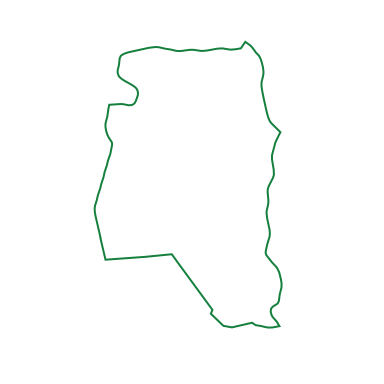 Hondo Valle, La Estrelleta, Dominican Republic (Robinson projection), rotated 257°
{"feature_id": "3306468B67030502759571", "entity_name": "Hondo Valle", "entity_type": "district", "adm_level": 2, "iso_a3": "DOM", "parent_name": "Dominican Republic", "parent_adm1": "La Estrelleta", "projection": "robinson", "projection_center": [-71.685, 18.71], "detail": "fine", "context": "isolated", "style": "outline", "palette": "green", "viewbox_px": 384, "rotation_deg": 257, "n_neighbors": 0, "source": "geoboundaries", "source_scale": "gbopen_adm2", "svg_char_len": 2117}
<svg xmlns="http://www.w3.org/2000/svg" viewBox="0 0 384 384"><g transform="rotate(257 192 192)"><path d="M230.4,291.6L241.3,284.7L243.7,283.7L247.8,283.0L253.6,282.8L266.6,282.9L273.9,283.1L278.2,283.4L280.9,283.8L283.6,284.6L288.8,287.2L291.1,288.2L293.7,288.8L297.8,289.2L303.3,289.1L307.4,288.6L309.9,287.8L313.6,285.6L318.2,283.7L320.5,282.5L322.5,281.1L326.3,277.7L321.0,271.9L321.3,266.4L321.9,262.3L322.7,259.8L325.0,254.2L325.6,251.4L326.0,248.4L326.4,239.5L326.9,235.1L327.5,232.3L329.8,226.6L330.6,224.0L331.1,221.1L331.8,213.6L332.3,210.7L333.2,208.1L335.9,202.6L337.8,197.8L340.5,192.3L341.3,189.7L341.6,188.2L342.2,182.2L342.4,166.7L342.4,160.7L341.9,156.6L341.1,154.1L340.4,153.0L338.5,151.6L332.2,149.4L327.2,146.9L324.9,146.4L323.7,146.4L321.3,146.8L320.1,147.4L317.9,149.0L315.9,150.9L309.3,158.1L307.2,159.9L306.1,160.7L304.9,161.3L302.4,161.8L300.0,161.5L297.9,160.7L293.4,157.8L291.8,156.4L291.1,155.5L290.6,154.3L290.4,153.2L290.4,152.0L290.8,149.7L293.1,144.6L293.8,142.1L295.6,131.0L291.5,129.1L284.6,126.5L278.4,123.2L274.7,122.3L270.8,122.1L267.1,122.4L263.5,123.2L258.7,125.0L257.7,125.1L255.8,124.7L247.5,121.0L241.5,117.2L237.0,115.0L231.0,111.3L226.5,109.2L220.4,105.5L216.0,103.3L209.9,99.5L205.5,97.4L200.4,94.4L198.1,93.5L194.2,92.8L190.1,92.6L168.1,92.6L168.1,92.4L145.5,92.5L139.3,132.1L135.9,158.3L126.4,162.3L72.6,185.4L69.1,183.0L54.5,192.5L53.8,194.2L51.1,200.5L51.1,213.8L51.1,219.4L51.1,221.1L48.3,223.7L47.8,224.4L45.8,229.3L43.6,233.7L42.7,236.0L41.9,240.0L41.6,247.0L46.4,245.5L52.4,242.3L54.8,241.8L57.1,241.7L58.2,241.9L60.2,242.7L61.1,243.4L62.2,245.2L63.9,250.0L64.5,250.8L66.2,252.1L72.6,254.5L78.8,257.7L82.8,258.7L86.9,259.0L93.9,258.9L97.9,258.1L100.2,257.2L105.3,254.2L112.5,250.8L114.4,250.1L116.4,250.1L118.3,250.8L124.4,253.7L130.6,257.3L132.9,258.2L135.5,258.8L138.2,259.1L149.2,259.3L154.6,259.9L157.1,260.6L162.3,263.2L164.6,264.0L167.0,264.6L174.5,265.6L176.9,266.2L178.1,266.7L180.3,268.0L187.5,274.0L189.7,275.4L191.0,275.8L195.0,276.6L205.9,277.3L209.8,278.2L221.5,284.4L227.3,289.0L230.4,291.6Z" fill="none" stroke="#15803d" stroke-width="2"/></g></svg>